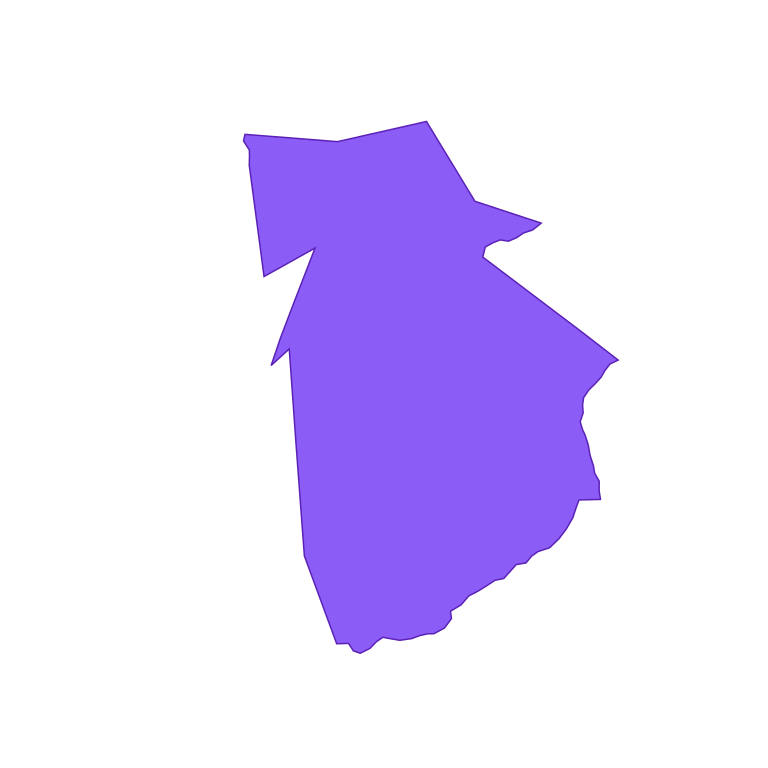 outline of São João da Varjota, Piauí, Brazil, rotated 210°
{"feature_id": "56859067B92714876979598", "entity_name": "São João da Varjota", "entity_type": "district", "adm_level": 2, "iso_a3": "BRA", "parent_name": "Brazil", "parent_adm1": "Piauí", "projection": "natural_earth1", "projection_center": [-41.918, -6.948], "detail": "fine", "context": "isolated", "style": "filled", "palette": "violet", "viewbox_px": 768, "rotation_deg": 210, "n_neighbors": 0, "source": "geoboundaries", "source_scale": "gbopen_adm2", "svg_char_len": 1119}
<svg xmlns="http://www.w3.org/2000/svg" viewBox="0 0 768 768"><g transform="rotate(210 384 384)"><path d="M491.0,343.6L483.6,367.0L429.8,287.5L367.0,195.3L295.1,135.4L285.0,141.6L277.1,137.6L270.0,138.9L264.0,147.9L261.7,157.1L258.3,164.1L251.7,166.4L242.1,170.0L232.8,177.3L227.3,183.9L221.4,189.4L215.9,192.7L209.6,203.0L208.3,214.6L212.8,220.5L206.8,231.3L204.6,242.9L199.1,251.5L193.8,261.4L189.8,269.4L183.0,275.5L179.2,293.7L171.6,300.0L170.1,308.8L166.9,315.8L158.7,325.0L155.1,337.6L153.6,349.5L153.6,362.6L155.9,373.6L157.1,381.1L138.8,392.3L144.0,398.7L149.1,407.5L157.1,412.2L161.6,417.8L169.6,425.0L177.0,433.7L183.8,439.9L189.4,443.9L195.2,449.4L197.1,458.6L201.4,464.9L204.3,471.9L203.6,481.5L201.2,490.0L199.4,498.4L199.4,506.2L198.3,514.2L193.2,521.8L239.8,528.1L361.9,543.3L364.8,553.4L360.1,561.0L355.4,566.9L347.6,569.9L342.2,577.2L338.8,584.4L332.3,591.7L328.3,601.9L396.6,587.7L478.5,632.6L545.5,570.6L629.2,530.7L627.2,524.3L617.6,519.3L614.1,513.5L609.9,505.8L605.3,499.9L541.6,417.1L511.7,467.3L502.3,406.9L496.9,373.3L491.0,343.6Z" fill="#8b5cf6" stroke="#5b21b6" stroke-width="1.5"/></g></svg>